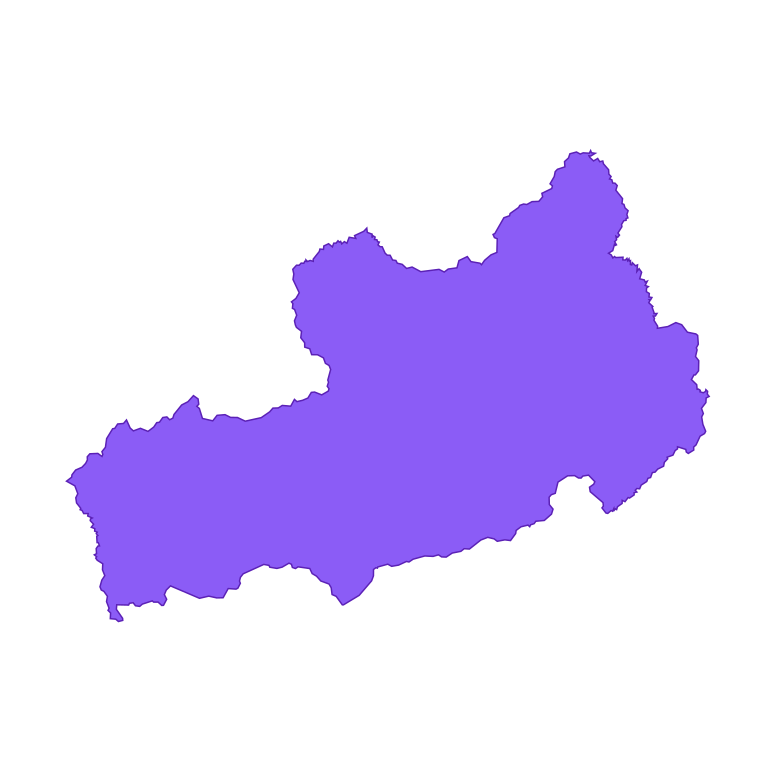 outline of Omkoi, Chiang Mai, Thailand, rotated 86°
{"feature_id": "78962969B68352553726787", "entity_name": "Omkoi", "entity_type": "district", "adm_level": 2, "iso_a3": "THA", "parent_name": "Thailand", "parent_adm1": "Chiang Mai", "projection": "albers", "projection_center": [98.302, 17.645], "detail": "fine", "context": "isolated", "style": "filled", "palette": "violet", "viewbox_px": 768, "rotation_deg": 86, "n_neighbors": 0, "source": "geoboundaries", "source_scale": "gbopen_adm2", "svg_char_len": 6126}
<svg xmlns="http://www.w3.org/2000/svg" viewBox="0 0 768 768"><g transform="rotate(86 384 384)"><path d="M528.2,171.6L528.7,169.8L526.1,166.3L526.9,164.8L524.1,163.3L526.0,163.1L524.7,161.8L525.5,160.7L522.7,159.6L519.8,154.8L516.7,154.5L518.2,151.8L514.3,148.4L514.9,147.0L512.1,142.2L509.9,142.1L509.4,139.3L507.5,140.8L505.9,139.1L506.4,136.3L502.8,134.5L499.6,128.7L496.5,127.3L495.9,124.6L491.1,122.5L490.8,119.7L488.0,116.9L485.5,110.8L481.7,109.8L478.4,106.2L476.8,106.7L475.1,100.7L470.7,98.2L469.2,95.7L467.1,95.6L470.3,87.5L472.9,87.2L474.5,85.3L471.5,79.6L468.5,79.5L466.6,77.0L458.1,72.3L455.8,67.7L453.6,66.4L446.5,68.7L439.0,69.4L435.8,67.5L430.4,69.0L425.0,64.2L420.4,63.6L419.1,60.5L416.6,62.2L413.9,61.7L412.1,63.3L413.9,63.8L415.0,66.1L413.8,69.3L412.4,68.9L411.0,70.7L411.1,72.0L406.5,72.1L401.0,77.0L396.6,74.2L396.6,72.7L392.8,69.3L382.7,68.4L378.3,71.3L371.8,69.3L369.7,69.9L366.3,67.7L357.4,67.7L355.8,69.4L353.5,77.7L345.6,82.9L343.1,88.6L346.5,96.8L347.5,107.4L345.4,107.0L339.2,110.3L337.5,109.6L335.1,110.7L335.1,108.5L332.7,106.8L332.6,110.4L332.2,109.5L326.0,111.2L325.4,110.4L321.4,114.2L319.2,112.8L318.4,113.5L318.5,112.1L316.4,110.7L315.7,113.6L312.2,113.0L310.2,115.8L306.6,115.4L305.3,113.5L303.9,116.6L299.8,114.2L300.5,116.3L298.3,117.1L296.9,121.6L290.5,119.2L286.7,121.5L289.4,123.9L282.9,122.8L283.6,124.9L280.3,127.8L282.5,128.6L282.0,129.9L278.1,129.5L278.5,130.7L276.2,130.9L278.0,132.4L275.6,132.9L277.2,134.7L276.8,137.1L274.2,136.7L274.0,144.1L272.9,145.1L274.2,146.9L271.1,148.3L269.2,150.9L266.9,146.5L260.9,144.4L261.9,143.7L261.4,142.4L258.1,144.0L256.3,141.9L252.8,142.3L254.0,140.7L251.9,138.7L249.7,140.1L243.7,135.7L241.4,135.9L237.8,133.4L237.6,131.1L235.8,130.9L235.3,129.1L231.8,129.9L228.2,128.4L225.1,131.3L221.6,132.1L220.6,134.0L215.7,133.1L206.9,139.2L202.3,137.5L199.8,139.5L199.5,141.8L196.1,142.5L195.2,144.7L192.9,143.0L190.4,145.0L185.9,145.0L179.7,149.7L176.8,150.2L177.3,153.3L173.9,155.1L176.1,159.4L172.2,163.0L170.6,163.6L171.0,161.8L168.6,157.2L167.8,160.9L165.6,161.6L168.1,163.1L167.3,169.2L168.3,172.2L166.0,175.8L167.3,182.5L171.4,184.2L174.7,188.4L180.0,188.4L181.9,196.0L184.1,198.4L188.9,199.7L195.9,204.4L198.1,202.2L200.7,203.0L204.8,213.2L208.4,212.7L212.6,216.8L212.4,223.6L214.9,229.0L214.2,232.2L215.3,236.1L217.3,237.4L222.7,246.3L224.9,247.0L226.5,252.8L241.6,262.9L242.4,264.8L245.7,263.6L247.0,260.9L260.6,262.2L262.6,268.2L267.6,275.0L271.8,278.4L270.2,279.8L268.0,288.7L262.7,292.0L266.1,300.6L273.2,303.1L273.8,311.9L276.5,316.1L273.5,321.1L274.5,339.5L269.3,347.8L270.3,353.4L265.9,357.5L264.4,362.3L261.6,363.5L260.9,366.8L256.0,368.9L255.7,371.8L253.5,373.8L247.0,376.2L246.7,378.4L244.8,380.3L242.1,378.8L241.6,380.5L239.6,381.0L239.2,383.4L236.8,382.6L235.4,384.6L237.2,385.8L233.7,385.4L231.6,390.1L227.3,390.3L230.3,393.6L233.9,403.0L236.8,402.0L235.2,408.5L241.0,411.2L239.2,413.6L241.3,416.4L238.7,417.3L239.4,418.7L237.9,419.9L240.1,421.9L240.0,424.3L243.6,425.9L240.2,429.5L242.1,434.4L245.5,435.0L244.9,438.5L247.3,439.3L254.5,445.9L256.7,446.0L255.6,449.1L256.5,451.6L254.8,453.2L256.3,453.2L256.0,454.4L258.0,455.6L257.6,458.2L259.6,460.3L259.4,463.0L263.2,467.0L268.0,466.3L273.4,467.5L287.1,462.2L292.5,465.9L295.6,470.6L297.4,469.3L302.1,470.1L303.4,468.0L309.3,466.3L314.7,468.9L318.9,468.3L321.4,467.4L325.7,462.6L332.1,463.8L337.3,460.3L341.7,460.5L343.7,455.6L349.7,454.1L350.2,448.2L353.7,442.6L359.3,441.0L361.7,437.5L365.8,436.2L376.2,439.8L378.3,439.2L382.3,440.8L384.9,439.2L387.2,440.1L390.5,446.9L387.2,453.8L387.3,457.1L392.7,460.9L394.6,466.4L395.5,472.1L393.1,474.4L399.6,478.6L398.3,487.0L400.5,491.1L400.3,496.5L403.8,500.0L409.0,508.8L411.4,525.0L407.2,532.5L406.6,539.4L403.5,544.7L403.6,552.7L408.8,557.4L405.7,567.5L395.5,569.9L393.2,572.3L391.3,570.2L385.9,570.5L382.3,574.9L388.0,580.8L390.8,587.3L399.7,595.6L403.3,597.0L404.7,600.3L401.7,602.9L402.0,607.0L406.5,610.7L406.7,613.4L410.9,616.7L414.8,622.7L411.2,630.1L413.3,637.3L410.2,640.3L401.9,643.4L405.2,646.6L405.3,652.5L409.5,655.7L409.7,657.8L419.1,664.5L427.7,666.3L431.8,670.1L434.6,669.4L436.6,670.4L433.3,674.3L433.1,682.3L435.9,685.1L439.1,685.2L442.4,687.2L446.0,691.1L448.3,697.6L452.8,701.6L455.2,702.1L458.8,707.5L464.0,699.5L472.1,697.1L476.0,699.4L481.2,699.0L486.8,695.2L488.2,695.9L489.1,694.0L492.3,692.6L492.6,688.1L495.0,688.8L497.3,684.4L498.1,686.2L499.8,686.6L503.6,683.5L506.5,686.0L508.1,682.6L510.6,682.9L511.8,680.4L513.2,681.5L515.1,680.0L515.8,681.2L522.2,681.3L522.3,680.1L525.6,679.1L525.7,680.7L528.1,682.6L533.2,682.6L534.2,684.9L536.3,682.7L537.6,683.7L539.8,682.4L543.7,677.1L549.7,677.8L555.7,675.9L560.0,679.2L566.5,681.5L569.8,680.4L571.3,677.9L576.5,674.7L581.7,676.0L588.5,673.9L590.6,675.1L593.3,672.7L599.0,673.4L599.9,668.0L602.4,665.5L601.6,661.1L599.5,661.1L590.1,666.7L585.6,666.0L586.7,654.2L585.0,653.2L584.7,649.5L587.9,647.4L588.8,643.2L586.7,640.4L584.2,630.3L585.5,629.0L585.8,624.6L589.4,621.2L589.4,619.4L583.6,615.8L578.8,617.8L574.4,615.6L570.5,611.1L584.9,583.0L583.4,573.6L585.7,565.8L586.0,559.4L577.2,553.7L578.3,545.9L577.5,544.0L572.8,541.2L570.5,541.9L566.8,540.7L563.5,537.7L555.6,516.5L556.9,511.4L558.8,510.7L560.5,503.7L559.6,498.4L556.1,491.3L557.4,488.9L560.6,488.2L561.9,485.2L560.4,482.5L562.9,470.9L568.1,468.9L571.0,464.7L576.1,460.8L579.7,452.8L583.5,450.9L590.4,450.5L592.5,446.5L601.4,441.0L601.5,439.9L593.1,423.5L579.5,410.1L574.6,407.9L568.3,407.4L566.7,404.9L567.2,403.4L566.1,403.0L564.0,392.8L566.4,389.1L565.7,382.1L562.6,374.0L563.3,371.5L560.8,367.2L558.4,355.3L559.4,347.0L558.2,341.6L560.5,338.6L561.0,334.0L557.4,327.7L556.3,319.0L553.9,315.5L554.6,310.3L546.4,298.3L544.2,291.2L546.2,284.9L548.8,282.0L547.9,274.3L549.0,268.7L542.4,263.1L539.3,262.4L536.0,257.3L534.8,250.2L536.5,248.6L534.7,247.6L533.8,244.0L531.5,242.1L531.3,233.6L525.5,226.0L520.6,224.1L515.8,227.5L508.5,227.2L506.1,224.8L505.0,220.8L494.0,217.3L488.4,207.2L488.7,200.2L491.3,196.6L491.6,194.0L489.7,192.0L489.2,186.3L496.1,180.5L498.6,181.8L501.3,186.2L505.8,185.8L517.6,173.8L521.1,173.7L522.8,175.2L528.2,171.6Z" fill="#8b5cf6" stroke="#5b21b6" stroke-width="1.5"/></g></svg>